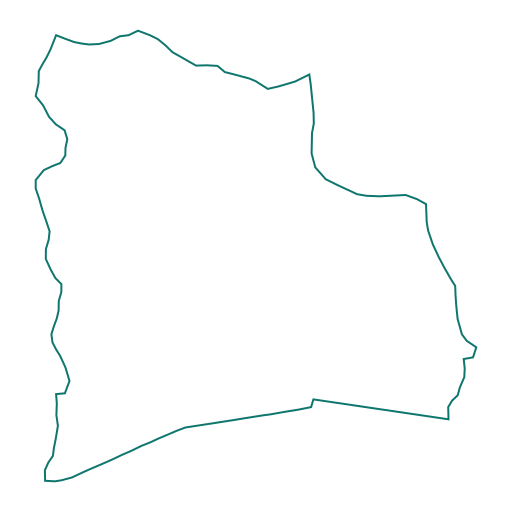 outline of Cajueiro da Praia, Piauí, Brazil
{"feature_id": "56859067B66814431717617", "entity_name": "Cajueiro da Praia", "entity_type": "district", "adm_level": 2, "iso_a3": "BRA", "parent_name": "Brazil", "parent_adm1": "Piauí", "projection": "natural_earth1", "projection_center": [-41.374, -2.991], "detail": "fine", "context": "isolated", "style": "outline", "palette": "teal", "viewbox_px": 512, "rotation_deg": 0, "n_neighbors": 0, "source": "geoboundaries", "source_scale": "gbopen_adm2", "svg_char_len": 1697}
<svg xmlns="http://www.w3.org/2000/svg" viewBox="0 0 512 512"><path d="M309.3,74.5L295.2,81.5L286.8,84.0L278.6,86.4L267.8,88.9L255.7,81.2L249.6,78.6L233.3,74.2L224.9,72.1L217.5,65.9L206.9,65.3L196.1,65.6L188.3,61.2L178.9,55.8L172.6,52.3L165.4,45.3L157.8,39.1L149.9,35.2L138.0,30.7L128.6,35.2L119.7,36.3L110.6,40.9L99.0,44.0L89.1,44.5L82.1,43.6L74.3,42.1L65.3,38.8L56.1,35.2L50.5,49.4L46.5,57.5L42.8,63.7L38.8,71.0L38.5,83.2L35.7,96.1L43.1,105.4L49.0,116.8L55.8,124.3L64.6,130.3L67.3,139.2L65.5,147.9L65.3,155.5L60.3,163.0L52.1,166.2L43.8,170.1L35.7,180.1L35.7,188.5L39.2,198.8L42.4,210.1L46.6,222.3L49.6,231.3L48.7,239.7L45.9,249.1L45.8,258.9L50.7,269.6L55.4,278.1L61.4,284.1L61.3,292.2L58.8,300.8L58.6,310.6L56.8,318.4L53.9,326.2L51.4,334.3L52.5,342.5L55.8,348.9L60.3,356.2L65.5,367.6L69.5,381.0L64.9,393.3L56.1,394.1L56.8,403.4L56.4,415.3L57.9,425.8L55.8,438.5L53.9,448.1L52.9,455.9L48.3,462.6L44.9,470.2L45.1,480.8L55.0,481.3L61.4,480.3L71.8,477.5L83.8,471.9L92.0,468.3L99.0,465.3L105.7,462.4L113.8,458.8L122.1,454.8L131.6,450.7L141.6,445.8L150.2,442.4L157.6,438.9L165.4,435.6L176.9,430.7L185.4,427.5L233.3,420.1L244.9,418.2L263.3,415.3L270.3,414.4L283.7,412.0L298.6,409.6L311.1,407.1L313.4,399.4L448.5,419.3L448.2,407.1L452.1,400.6L457.7,395.3L459.8,387.6L464.3,377.1L464.7,368.5L463.7,359.0L473.0,357.4L476.3,347.3L466.7,340.8L461.9,334.3L457.6,318.9L456.3,306.2L455.5,294.8L455.2,285.9L451.4,280.0L444.7,268.3L438.7,257.0L432.8,244.3L428.1,230.5L426.7,222.0L426.0,204.1L416.9,199.1L405.6,195.0L379.6,196.3L366.6,195.8L357.1,194.2L337.1,184.9L325.7,179.2L315.3,167.4L311.6,153.5L312.0,133.2L313.8,123.5L313.6,113.2L310.7,84.3L309.3,74.5Z" fill="none" stroke="#0f766e" stroke-width="2"/></svg>